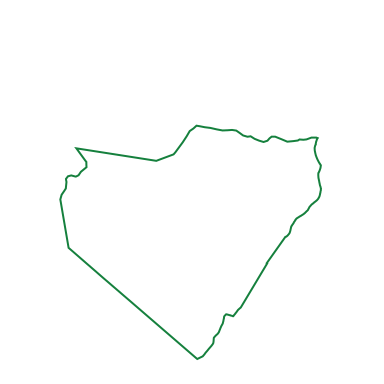 Barre De L'Isle, Castries, Saint Lucia, rotated 311°
{"feature_id": "8701671B51325698675387", "entity_name": "Barre De L'Isle", "entity_type": "district", "adm_level": 2, "iso_a3": "LCA", "parent_name": "Saint Lucia", "parent_adm1": "Castries", "projection": "equal_earth", "projection_center": [-60.956, 13.925], "detail": "fine", "context": "isolated", "style": "outline", "palette": "green", "viewbox_px": 384, "rotation_deg": 311, "n_neighbors": 0, "source": "geoboundaries", "source_scale": "gbopen_adm2", "svg_char_len": 5525}
<svg xmlns="http://www.w3.org/2000/svg" viewBox="0 0 384 384"><g transform="rotate(311 192 192)"><path d="M149.1,76.1L145.6,91.3L145.4,92.5L143.4,94.3L141.5,96.1L134.4,94.9L130.2,95.4L128.0,94.5L127.4,94.2L127.0,93.5L125.3,90.0L122.5,88.1L119.2,88.3L118.3,89.3L117.2,90.7L111.8,94.5L111.6,94.5L108.8,94.9L104.4,95.4L100.0,97.5L68.9,135.5L68.9,178.0L68.9,182.3L69.1,221.8L69.3,279.0L69.4,305.5L75.0,307.9L75.3,307.9L75.6,307.9L76.1,307.9L76.7,307.9L77.6,307.9L79.5,307.7L80.5,307.7L82.3,307.7L84.6,307.6L87.0,307.6L87.9,307.6L88.7,307.6L89.8,307.5L90.5,307.5L91.9,307.2L92.6,306.8L92.9,306.6L93.5,306.2L94.3,305.6L95.5,304.7L95.9,304.4L96.2,304.2L96.5,304.1L98.2,304.1L98.7,304.1L100.1,304.2L101.3,304.4L101.7,304.4L102.2,304.4L103.2,304.3L103.6,304.3L105.6,303.6L105.8,303.5L106.8,303.2L107.8,302.8L108.5,302.6L109.4,302.3L110.4,302.0L112.0,301.7L113.1,301.4L113.8,301.0L114.2,300.8L115.1,300.4L115.7,300.0L116.4,299.6L117.5,299.0L117.8,298.9L118.4,298.4L118.7,298.2L119.3,297.9L120.4,297.9L122.1,298.0L122.6,298.8L123.3,300.3L123.5,300.7L123.9,301.6L124.1,301.8L124.1,302.1L124.3,302.5L124.7,303.2L124.9,303.7L125.0,304.2L125.3,304.6L125.5,304.6L126.0,304.6L126.6,304.5L127.2,304.5L127.6,304.5L127.9,304.5L128.3,304.5L128.5,304.5L128.8,304.4L129.2,304.4L129.4,304.4L129.6,304.4L130.1,304.4L131.1,304.3L133.2,304.1L135.7,304.4L136.8,304.6L187.4,295.6L187.4,295.1L187.6,295.1L188.3,295.0L218.5,292.0L219.4,291.9L219.7,292.1L220.0,292.4L220.3,292.5L220.5,292.5L221.0,292.6L221.3,292.6L221.6,292.7L221.8,292.7L222.1,292.7L222.4,292.7L223.1,292.7L223.3,292.7L223.6,292.7L223.8,292.7L224.0,292.7L224.6,292.6L224.9,292.6L225.2,292.5L225.5,292.4L226.0,292.2L226.4,292.0L226.9,291.8L227.1,291.7L227.3,291.6L227.5,291.5L228.2,291.1L228.7,290.8L229.3,290.5L229.5,290.4L230.2,290.0L230.7,289.7L231.1,289.7L231.4,289.5L231.9,289.4L232.4,289.4L232.6,289.4L232.9,289.3L233.2,289.2L233.5,289.2L233.9,289.2L234.3,289.2L234.6,289.1L235.1,289.1L235.3,289.0L235.6,288.9L235.9,288.8L236.5,288.7L236.8,288.7L237.0,288.7L237.7,288.6L238.2,288.5L238.5,288.5L238.7,288.4L238.9,288.3L239.2,288.4L239.6,288.3L240.1,288.3L240.4,288.3L240.7,288.3L240.9,288.4L241.1,288.5L241.4,288.5L241.7,288.6L242.1,288.7L242.3,288.8L242.8,289.0L243.2,289.1L243.5,289.1L244.1,289.3L244.3,289.4L244.5,289.4L244.8,289.6L245.3,289.8L245.5,289.8L245.8,289.9L246.5,290.1L246.8,290.2L247.1,290.3L247.5,290.4L247.9,290.5L248.1,290.6L248.4,290.7L248.6,290.7L248.9,290.8L249.1,290.8L249.5,290.8L250.0,291.0L250.4,291.0L250.6,291.0L251.0,291.0L251.5,291.1L252.0,291.1L252.3,291.1L252.5,291.1L253.0,291.2L253.7,291.3L254.0,291.3L254.3,291.3L254.5,291.3L254.8,291.2L255.0,291.2L255.9,290.9L256.1,290.9L256.6,290.8L257.0,290.7L257.6,290.5L257.9,290.5L258.1,290.5L258.5,290.5L258.8,290.5L259.1,290.5L259.3,290.5L259.7,290.5L260.1,290.5L260.4,290.5L260.7,290.5L261.1,290.5L261.4,290.6L261.7,290.6L261.9,290.7L262.2,290.8L262.4,290.8L262.6,290.8L262.8,290.8L263.2,291.0L263.5,291.0L264.0,291.0L264.6,291.1L264.8,291.1L265.0,291.2L265.3,291.3L265.6,291.3L265.9,291.4L266.3,291.5L266.7,291.5L267.3,291.6L267.6,291.7L267.8,291.7L268.2,291.7L268.5,291.7L268.9,291.7L269.1,291.7L269.4,291.7L269.7,291.7L270.1,291.6L270.4,291.5L270.7,291.5L270.9,291.4L271.2,291.4L271.5,291.3L271.7,291.2L272.0,291.2L272.7,290.9L272.9,290.8L273.5,290.5L273.7,290.4L274.3,290.1L274.5,289.9L274.8,289.8L275.1,289.6L275.4,289.5L276.0,289.1L276.3,289.0L276.5,288.8L277.0,288.5L277.2,288.4L277.7,288.2L278.1,287.9L278.3,287.7L278.5,287.6L278.9,287.2L279.2,287.1L279.4,286.7L279.6,286.4L280.0,285.9L280.2,285.6L280.4,285.3L280.6,284.9L280.8,284.5L281.0,284.2L281.6,283.4L281.8,283.2L282.1,282.8L282.5,282.2L282.8,281.9L282.9,281.7L283.2,281.3L283.7,280.8L284.2,280.0L284.4,279.8L284.8,279.3L285.3,278.6L285.5,278.4L285.6,278.2L285.8,278.0L286.2,277.6L286.4,277.4L286.7,277.1L287.0,276.8L287.2,276.6L287.5,276.3L287.9,276.0L288.2,275.7L288.4,275.5L288.7,275.3L289.1,275.1L289.3,274.9L289.6,274.9L289.9,274.9L290.3,274.7L290.6,274.6L290.9,274.6L291.3,274.4L291.7,274.3L292.0,274.2L292.5,274.0L292.8,273.9L293.2,273.7L293.7,273.5L294.2,273.3L294.5,273.1L294.9,272.9L295.2,272.7L295.7,272.4L296.0,272.1L296.3,272.0L296.6,271.8L296.7,271.5L296.9,271.2L296.9,270.9L297.0,270.5L297.2,270.1L297.2,269.6L297.4,269.3L297.5,269.0L297.6,268.6L297.7,268.2L297.9,267.8L298.0,267.5L298.1,267.3L298.2,267.0L298.3,266.7L298.5,266.3L298.6,266.0L298.7,265.7L298.9,265.3L299.1,264.9L299.2,264.6L299.3,264.4L299.4,264.2L299.7,263.7L299.9,263.3L300.0,263.0L300.3,262.5L300.5,262.2L300.7,261.8L300.9,261.4L301.1,261.1L301.5,260.6L301.7,260.3L301.8,260.1L302.2,259.6L302.7,258.9L302.9,258.7L303.4,258.0L303.7,257.6L304.2,257.1L304.4,256.9L304.6,256.7L304.8,256.5L305.0,256.3L305.1,256.2L305.4,255.9L305.6,255.8L305.9,255.5L306.3,255.3L306.5,255.2L306.9,255.0L307.4,254.7L307.7,254.6L307.9,254.5L308.2,254.4L308.4,254.3L309.0,254.3L309.3,254.0L309.5,253.8L309.8,253.6L310.4,253.3L310.7,253.1L311.2,252.8L311.6,252.6L312.0,252.5L312.7,252.2L313.3,251.9L313.6,251.8L313.9,251.7L314.1,251.6L314.3,251.6L315.1,251.5L314.6,250.1L311.5,246.5L306.8,243.9L304.5,241.8L302.2,238.7L300.3,238.1L296.8,235.0L292.5,230.9L290.6,225.1L288.3,218.4L286.0,215.8L283.3,215.3L280.2,215.3L276.7,213.2L274.8,209.0L273.2,204.4L272.5,199.7L270.1,197.6L268.2,193.5L267.8,188.8L267.4,185.1L265.1,181.5L262.0,178.4L258.5,174.7L255.5,169.6L252.4,163.8L249.3,159.2L246.6,154.5L245.0,151.9L240.8,151.4L236.5,150.3L230.7,151.4L223.4,152.4L217.2,152.9L211.0,153.4L208.3,153.4L192.1,144.6L165.8,102.7L149.1,76.1Z" fill="none" stroke="#15803d" stroke-width="2"/></g></svg>